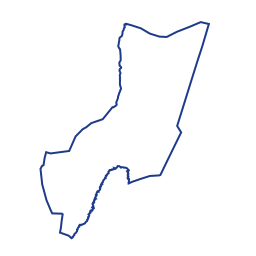 Choibalsan, Dornod, Mongolia, rotated 354°
{"feature_id": "93677404B46281126061299", "entity_name": "Choibalsan", "entity_type": "district", "adm_level": 2, "iso_a3": "MNG", "parent_name": "Mongolia", "parent_adm1": "Dornod", "projection": "albers", "projection_center": [115.229, 48.891], "detail": "fine", "context": "isolated", "style": "outline", "palette": "blue", "viewbox_px": 256, "rotation_deg": 354, "n_neighbors": 0, "source": "geoboundaries", "source_scale": "gbopen_adm2", "svg_char_len": 5418}
<svg xmlns="http://www.w3.org/2000/svg" viewBox="0 0 256 256"><g transform="rotate(354 128 128)"><path d="M155.3,178.1L164.3,163.6L180.4,137.9L177.1,131.1L186.0,110.5L198.2,82.2L204.5,67.7L210.5,54.3L219.3,33.0L211.4,30.3L199.9,33.8L186.8,37.4L176.0,41.5L168.8,40.4L159.6,36.4L151.2,30.2L142.4,26.3L137.7,24.4L137.7,24.7L137.3,24.9L137.0,24.9L136.8,24.9L136.2,24.4L135.6,24.5L135.3,24.7L135.2,24.9L135.2,25.7L135.1,26.6L135.4,27.4L135.3,27.6L134.3,28.6L134.2,28.9L134.0,29.7L133.9,30.0L133.7,30.4L133.3,30.7L132.6,31.9L132.3,33.9L131.8,35.2L131.5,35.7L131.2,36.1L131.0,36.3L130.2,36.6L129.6,37.0L129.3,37.3L128.9,37.8L128.8,38.1L128.6,39.9L128.0,41.3L127.5,43.6L126.9,45.3L126.8,45.5L127.5,47.6L127.7,48.0L128.0,48.2L128.0,48.3L128.2,48.8L128.3,49.2L128.3,52.2L128.2,55.7L128.0,57.6L127.9,59.2L127.7,59.9L127.5,60.4L126.6,61.5L126.3,61.9L126.2,62.4L126.2,62.8L126.2,64.2L126.1,65.0L126.4,65.4L127.2,66.3L127.4,66.6L127.5,66.9L127.5,67.3L127.2,67.7L127.0,67.9L126.2,68.4L125.9,68.7L125.6,69.6L125.7,70.9L126.0,71.5L126.2,72.2L126.3,72.5L126.0,73.3L125.6,73.9L125.4,74.5L125.3,75.1L125.4,77.6L125.0,78.3L125.0,78.6L125.1,79.1L125.1,79.5L124.7,81.9L124.6,83.2L124.5,84.0L125.1,87.5L125.1,88.3L124.9,88.8L124.5,89.2L123.8,90.9L123.6,91.3L123.0,92.0L122.9,92.3L122.3,93.9L121.3,95.9L121.3,96.1L121.2,97.1L121.1,97.4L120.4,98.6L119.0,101.4L119.0,102.1L119.1,102.7L119.2,103.0L119.2,103.4L119.0,103.9L118.0,104.7L116.3,105.4L115.9,105.9L114.7,105.7L103.8,116.6L92.0,119.3L86.7,122.8L82.8,124.5L75.0,130.9L67.1,144.7L48.3,145.2L44.1,143.5L42.0,148.9L40.1,156.2L38.6,156.6L36.7,159.5L36.8,175.2L39.4,191.3L42.7,202.2L43.7,205.0L53.3,206.3L54.0,207.0L52.2,213.9L50.8,220.4L49.4,224.9L57.8,228.9L60.2,231.6L60.3,231.7L61.0,231.4L61.0,230.9L61.5,230.7L61.8,230.4L62.0,230.4L62.1,230.0L63.4,228.9L63.4,228.3L63.7,227.7L65.1,226.9L66.5,225.3L66.7,225.0L66.8,224.7L66.8,224.4L66.6,224.0L66.7,223.6L67.2,223.6L67.4,223.3L67.6,222.7L68.0,221.8L68.3,221.5L68.6,221.4L69.3,221.0L69.3,220.9L69.3,220.7L69.2,220.1L69.3,219.9L69.5,219.6L69.7,219.4L69.9,219.2L70.2,219.2L70.7,219.3L71.2,219.7L71.3,219.7L71.6,219.6L72.0,219.2L72.7,219.1L72.9,219.1L73.3,218.9L74.0,218.8L74.6,218.4L75.0,218.4L75.3,218.2L75.7,217.6L76.5,216.8L77.0,216.6L77.5,216.3L77.8,215.7L77.8,215.0L78.4,214.8L78.6,214.5L78.6,214.1L78.7,213.6L79.0,213.3L79.3,213.1L79.0,212.5L79.0,212.4L79.6,211.9L79.8,211.7L80.2,211.3L80.2,210.8L80.4,210.3L80.4,210.0L80.2,209.7L80.2,209.4L80.5,209.2L80.4,209.2L80.7,208.9L81.6,207.8L81.9,207.3L81.8,206.7L82.0,206.3L82.5,206.2L83.5,206.6L83.9,206.4L84.0,206.2L83.8,205.8L83.8,205.6L85.1,204.7L85.7,204.2L85.6,203.8L85.1,203.6L85.4,203.4L85.4,203.1L85.1,203.0L85.0,202.9L85.3,202.5L85.4,202.3L85.4,202.2L85.2,202.1L84.9,202.2L85.2,201.8L85.3,201.6L85.0,201.0L85.0,200.2L84.8,199.9L84.8,199.7L85.2,199.4L85.3,199.3L85.3,199.0L85.8,198.9L86.2,198.9L86.4,198.7L86.3,198.3L86.3,198.2L86.6,198.1L86.6,197.9L86.2,197.8L86.3,197.7L86.6,197.7L86.6,197.1L86.8,196.8L86.7,196.4L87.4,196.0L87.3,195.7L87.3,195.3L87.4,195.2L87.5,195.2L87.9,195.5L88.1,195.5L88.2,195.3L88.1,195.1L88.5,195.0L88.0,194.5L88.1,194.4L88.3,194.3L88.3,194.1L88.0,194.3L87.8,194.2L88.3,193.4L88.7,193.1L88.8,192.7L89.0,192.4L89.0,192.0L89.3,192.2L89.5,191.9L89.3,191.6L89.2,191.5L89.2,191.4L89.9,191.4L90.0,191.1L89.7,190.6L89.7,190.3L89.9,189.8L90.1,189.2L90.5,188.7L90.6,188.4L90.9,188.0L91.3,187.9L91.5,188.0L91.4,187.7L91.5,187.6L92.2,187.7L92.5,187.5L93.5,186.5L94.0,185.8L94.1,185.6L94.0,185.3L93.7,184.7L93.8,184.1L93.9,183.9L94.0,183.8L94.4,183.9L94.6,183.8L95.1,183.1L95.2,182.8L95.0,182.7L94.9,182.3L95.2,182.1L95.3,181.6L95.7,181.5L95.4,181.3L95.5,181.1L96.0,180.8L96.0,180.4L96.3,180.0L96.9,179.9L97.1,179.7L97.3,179.4L97.2,178.9L97.9,177.9L98.1,177.3L98.5,177.1L99.1,176.6L99.5,176.0L99.6,175.8L99.8,175.8L99.9,175.5L100.1,175.4L100.3,175.0L100.6,175.1L100.6,174.9L100.4,174.6L100.6,174.4L101.0,173.9L101.0,173.7L100.5,173.7L101.0,173.5L101.0,173.3L101.3,173.3L101.4,173.2L101.7,173.2L101.9,173.1L101.9,172.9L101.9,172.3L102.0,172.1L102.9,171.7L103.5,171.2L104.1,170.8L104.1,170.6L103.9,170.2L103.9,169.5L104.6,168.9L104.9,168.6L105.2,168.0L105.3,167.9L105.7,167.9L105.9,168.1L106.1,168.2L106.5,167.9L107.1,168.0L107.4,167.6L107.6,167.6L108.1,167.8L108.4,167.8L109.4,167.5L109.4,167.3L109.3,167.0L109.4,166.9L109.6,167.1L109.8,167.1L109.8,166.8L110.0,167.0L110.3,166.7L110.5,167.0L110.7,167.3L111.2,167.3L111.5,167.1L111.6,166.8L111.9,166.5L112.5,166.3L112.8,166.1L113.3,165.5L113.5,165.0L113.7,164.8L113.8,164.8L114.4,165.0L115.1,165.0L115.4,165.1L115.9,165.6L116.4,166.0L116.7,166.6L117.1,166.6L117.7,166.3L117.9,166.3L119.0,166.5L119.3,166.8L119.6,167.0L120.0,167.0L120.5,167.0L120.8,167.1L121.2,167.1L122.5,167.8L123.1,168.3L123.3,168.6L123.6,169.3L124.2,169.9L124.2,170.0L124.4,170.3L124.3,170.5L123.7,170.8L123.4,170.8L122.9,170.7L122.7,170.8L122.8,170.9L123.0,170.9L123.0,171.0L122.9,171.3L123.3,171.5L123.4,172.4L123.5,172.6L123.5,173.0L123.6,173.4L123.6,173.5L123.3,173.5L123.4,173.8L122.8,174.7L122.8,175.4L123.1,175.5L123.3,175.7L123.4,176.0L123.4,176.3L123.2,176.5L122.4,177.4L122.3,177.7L122.4,177.9L122.6,178.1L122.8,178.6L123.1,178.2L123.3,178.2L123.5,178.4L123.5,178.8L123.7,179.0L123.7,179.5L123.4,179.9L123.4,180.5L123.5,180.7L123.5,181.1L123.4,181.7L123.2,182.0L122.9,182.2L122.8,182.4L122.8,182.6L123.2,182.7L123.1,183.1L126.8,181.9L135.4,179.9L144.8,178.0L154.1,178.4L155.3,178.1Z" fill="none" stroke="#1e3a8a" stroke-width="2"/></g></svg>